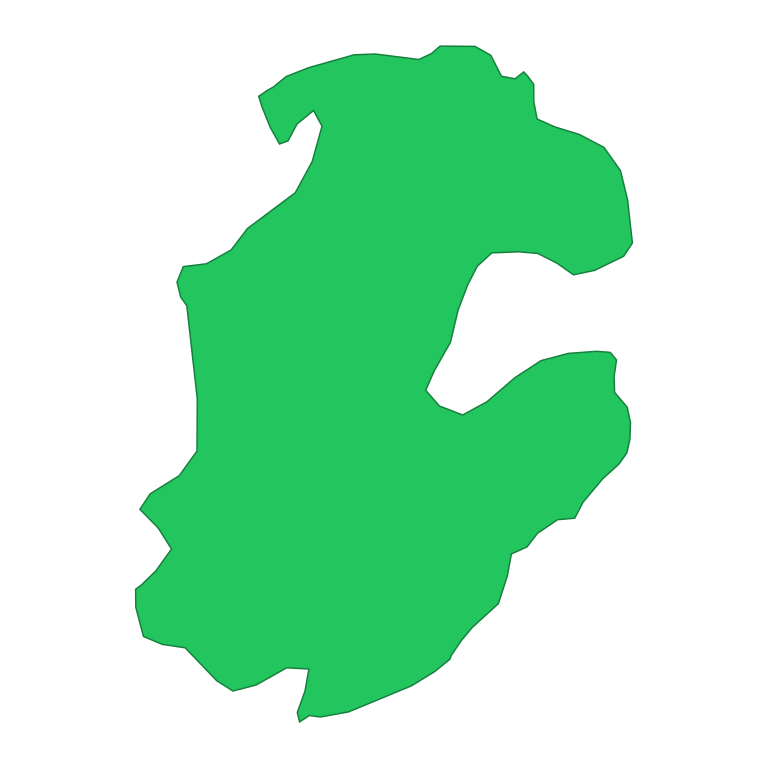 Boulkiemdé, Natural Earth projection
{"feature_id": "BFA-2812", "entity_name": "Boulkiemdé", "entity_type": "Province", "adm_level": 1, "iso_a3": "BFA", "parent_name": "Burkina Faso", "parent_adm1": "", "projection": "natural_earth1", "projection_center": [-2.108, 12.305], "detail": "fine", "context": "isolated", "style": "filled", "palette": "green", "viewbox_px": 768, "rotation_deg": 0, "n_neighbors": 0, "source": "natural_earth", "source_scale": "10m", "svg_char_len": 1447}
<svg xmlns="http://www.w3.org/2000/svg" viewBox="0 0 768 768"><path d="M279.5,144.0L270.3,127.5L262.1,107.1L258.7,96.3L267.8,90.1L273.2,87.1L286.1,76.6L308.5,67.7L354.1,54.8L375.3,54.0L418.8,59.5L431.4,53.6L440.1,46.1L475.0,46.4L490.8,55.3L501.5,76.3L515.1,78.8L523.7,71.9L527.3,75.7L533.7,84.4L533.8,101.8L537.1,119.0L555.0,127.0L579.4,134.5L604.0,147.4L620.5,170.7L627.6,200.0L632.4,243.0L623.7,256.2L594.8,270.3L573.5,274.8L557.0,263.2L537.7,253.4L518.5,251.8L491.8,252.9L477.2,266.3L467.6,285.1L458.1,310.1L450.4,342.4L434.3,370.7L425.7,390.3L439.4,406.0L462.6,415.0L486.9,401.8L515.0,377.6L541.1,360.6L568.3,353.4L596.7,351.3L610.3,352.4L616.5,360.0L614.1,376.7L614.6,392.4L627.2,407.2L630.5,422.5L629.9,439.4L626.8,453.0L618.9,464.1L602.5,479.0L583.0,502.3L574.7,518.2L557.5,519.7L537.4,533.4L527.0,546.9L511.4,553.9L507.4,575.7L498.4,603.6L472.4,627.3L461.7,640.1L451.5,655.0L449.8,659.3L435.1,671.3L411.5,685.8L348.5,711.9L320.3,717.0L309.4,715.5L299.6,721.9L297.3,712.5L305.0,691.1L308.9,669.0L286.7,667.8L256.1,685.0L232.9,691.0L216.7,680.7L185.2,647.8L162.4,644.4L143.5,636.5L135.8,607.3L135.6,589.3L141.6,584.8L156.0,570.7L171.5,549.0L158.3,528.1L139.9,509.3L150.2,493.8L179.3,475.6L197.0,451.0L197.3,399.0L186.8,305.6L180.7,297.1L177.0,282.1L183.3,266.6L206.4,263.8L231.1,250.0L247.6,228.4L295.3,192.7L312.2,161.5L322.0,126.2L313.6,110.5L297.1,123.9L288.0,140.9L279.5,144.0Z" fill="#22c55e" stroke="#15803d" stroke-width="1.5"/></svg>